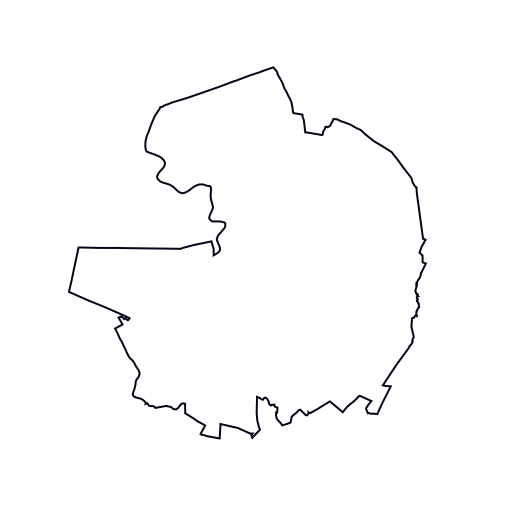 the district of Liteni, Suceava, Romania, rotated 195°
{"feature_id": "2599482B47011516747302", "entity_name": "Liteni", "entity_type": "district", "adm_level": 2, "iso_a3": "ROU", "parent_name": "Romania", "parent_adm1": "Suceava", "projection": "mercator", "projection_center": [26.537, 47.51], "detail": "fine", "context": "isolated", "style": "outline", "palette": "ink", "viewbox_px": 512, "rotation_deg": 195, "n_neighbors": 0, "source": "geoboundaries", "source_scale": "gbopen_adm2", "svg_char_len": 5969}
<svg xmlns="http://www.w3.org/2000/svg" viewBox="0 0 512 512"><g transform="rotate(195 256 256)"><path d="M118.8,363.8L119.2,363.6L120.5,364.6L122.1,365.9L123.5,367.4L124.3,368.5L125.6,370.9L126.1,371.5L126.5,371.9L134.9,378.2L144.8,386.2L147.3,388.1L150.0,389.9L151.2,391.0L152.0,391.5L162.1,394.7L170.1,396.9L172.6,397.7L182.9,402.3L183.4,402.7L187.6,404.9L190.8,405.3L193.0,405.8L194.2,406.0L195.5,406.5L199.4,407.4L207.1,408.2L208.5,408.0L209.7,408.4L211.6,408.6L212.0,408.9L212.5,409.0L215.2,408.7L216.5,408.4L216.7,408.1L216.8,407.6L216.9,405.9L217.7,403.3L218.1,400.9L218.4,400.6L220.2,398.9L221.6,399.1L222.3,398.7L222.4,398.1L222.4,396.8L222.6,396.1L223.2,393.9L223.2,392.1L223.0,390.7L223.3,390.1L223.9,389.9L225.1,389.6L227.4,389.7L228.8,389.4L232.6,389.1L233.5,388.9L234.6,389.0L236.8,388.6L238.3,388.6L240.4,388.1L243.6,396.3L245.2,400.0L246.9,402.4L247.5,403.7L247.6,404.5L247.8,404.6L256.7,403.7L257.0,403.8L258.2,406.3L259.2,408.8L260.4,411.2L261.4,413.5L264.1,416.9L265.9,418.7L268.1,421.4L270.3,423.7L271.5,424.7L275.2,429.9L279.4,434.4L280.6,435.4L281.9,436.8L283.4,439.4L288.1,442.7L296.7,436.9L300.7,434.0L308.0,429.3L321.8,419.4L322.1,419.4L336.2,409.3L351.5,398.9L360.8,392.6L366.2,389.1L376.0,383.1L381.1,379.3L383.7,377.6L384.8,376.1L385.9,375.5L386.9,375.1L387.2,373.3L389.7,365.9L390.0,364.7L391.3,355.8L391.9,347.7L392.4,344.6L392.5,342.9L392.5,341.3L392.4,338.5L392.2,337.1L391.4,333.7L391.0,332.4L390.3,330.8L389.5,329.5L389.0,328.9L388.4,328.6L387.6,328.4L381.6,327.9L377.8,327.5L374.9,327.0L373.6,326.6L372.7,326.3L370.3,324.9L369.4,324.1L368.8,323.5L368.2,322.6L367.9,321.8L367.7,320.7L367.8,319.4L368.1,318.2L368.4,317.3L370.8,312.6L371.5,310.8L372.1,308.3L372.1,307.7L372.1,307.1L372.0,306.6L371.4,305.5L369.8,304.3L367.6,303.2L366.1,302.9L359.9,302.7L357.3,302.4L355.1,301.8L353.3,301.1L348.3,298.4L346.9,297.9L345.8,297.7L344.6,297.6L343.2,297.6L341.4,298.5L339.5,300.1L337.5,302.1L334.2,306.5L333.6,307.1L332.3,308.3L330.2,309.9L328.8,310.6L326.3,311.3L325.2,311.4L321.7,311.2L319.0,311.5L318.1,311.4L317.3,310.3L316.6,308.9L316.5,308.1L316.0,305.1L315.1,301.6L314.3,299.3L311.2,294.0L310.0,291.7L310.2,289.2L311.2,283.1L311.1,281.1L311.0,280.4L310.8,280.0L308.7,278.6L307.3,278.1L300.7,279.8L299.3,280.1L296.6,280.2L295.3,280.2L294.6,279.9L294.0,279.3L293.5,277.3L293.4,276.5L293.5,275.5L293.7,274.8L294.5,273.0L297.5,266.9L298.1,265.0L298.2,263.1L298.1,261.7L297.8,261.1L293.3,255.2L292.8,254.3L292.6,253.5L292.5,252.2L292.5,251.3L292.8,250.5L293.9,249.0L295.0,247.7L297.1,245.7L298.6,251.6L302.8,258.6L319.1,250.4L324.7,247.2L329.0,244.8L330.1,243.8L330.8,243.4L387.0,229.1L389.8,228.5L392.2,227.8L395.1,227.1L408.0,223.6L429.4,218.4L429.6,218.2L428.9,205.3L428.6,198.5L427.8,184.9L427.5,176.0L427.4,173.8L427.2,172.9L406.1,169.6L390.9,167.8L369.1,164.5L362.0,163.2L362.5,161.7L363.1,160.7L366.4,162.0L366.9,161.0L370.6,162.7L372.8,160.9L368.9,157.0L367.3,155.5L367.2,155.3L373.3,149.5L369.9,145.6L365.7,140.5L364.1,139.1L362.0,136.7L354.8,128.1L352.5,125.7L351.1,124.6L349.0,123.6L346.3,121.6L343.9,118.9L340.1,115.5L339.1,114.4L338.7,113.8L338.1,112.5L337.9,111.2L337.9,110.4L338.1,108.9L339.5,105.3L339.6,103.6L339.1,100.2L339.0,97.8L339.0,96.2L339.4,91.3L339.1,90.2L338.5,89.4L337.4,88.7L335.8,88.3L330.6,88.3L329.6,88.2L328.7,88.0L326.2,86.9L325.1,86.2L324.5,85.5L324.4,85.1L324.4,84.6L322.9,85.7L320.8,83.8L320.1,83.6L315.8,84.4L315.2,84.1L313.9,83.2L304.7,87.6L303.5,88.0L302.0,87.9L300.0,88.2L298.5,88.0L297.0,87.1L295.2,86.8L293.1,87.4L292.0,89.0L290.0,93.5L288.6,94.7L286.3,94.9L283.6,85.7L274.7,83.1L270.7,81.6L270.2,81.2L269.6,81.2L264.5,80.0L261.2,79.1L263.5,69.7L262.4,69.3L259.3,69.5L258.2,69.4L256.4,69.3L243.9,70.4L246.8,84.5L228.9,85.2L215.9,83.0L213.4,83.6L214.2,82.0L212.6,79.5L207.2,89.2L209.1,91.8L212.2,97.5L214.8,104.7L218.5,120.2L215.5,119.7L213.3,118.9L212.0,119.1L211.5,120.7L210.8,121.5L209.7,121.6L208.5,121.0L206.8,119.6L204.8,116.3L202.9,115.5L202.2,116.3L199.8,117.2L199.2,115.7L198.2,115.3L196.0,115.1L195.1,110.9L196.1,110.2L196.2,109.8L195.8,109.6L195.4,109.5L195.6,108.2L195.5,107.4L195.1,106.6L193.9,104.4L193.3,103.7L188.2,100.6L186.9,99.2L183.5,101.2L179.6,104.0L179.5,104.3L179.5,104.9L179.9,110.1L177.8,113.3L177.2,113.8L175.7,116.3L175.0,118.0L174.6,118.4L173.6,119.0L166.8,115.2L165.3,115.4L164.5,117.8L164.5,118.3L164.7,118.7L163.0,118.2L157.7,123.4L157.1,123.9L154.8,126.5L147.0,134.7L131.8,127.6L129.4,133.0L127.3,136.4L123.6,141.3L120.1,147.5L119.5,147.8L107.0,145.8L107.3,145.1L107.7,144.6L108.5,142.6L110.2,137.7L110.1,136.8L107.3,133.1L106.9,133.4L106.5,133.5L106.1,133.4L103.7,133.5L102.7,133.9L97.8,134.7L97.8,135.6L96.1,145.6L92.1,165.0L96.7,164.1L100.0,163.9L92.2,187.2L84.5,207.1L84.3,208.9L83.1,210.9L82.4,213.9L82.9,214.3L83.1,214.7L83.2,215.5L83.2,216.1L82.6,218.5L83.4,220.3L84.5,222.1L85.2,223.4L86.2,225.3L87.1,226.8L87.5,228.4L88.1,230.1L88.5,233.0L89.2,236.2L89.1,236.4L88.4,236.8L88.0,236.8L87.4,237.2L87.3,238.4L87.0,239.2L86.8,239.4L86.6,239.6L86.2,239.6L85.1,239.5L85.3,240.3L86.1,241.2L86.2,241.8L86.5,242.6L86.4,243.2L86.7,244.1L86.5,244.5L86.2,244.9L86.1,245.1L86.4,245.7L85.8,247.6L85.6,247.9L85.1,248.6L85.1,248.8L85.5,249.2L85.9,250.0L85.9,250.5L86.2,251.7L86.4,251.9L86.9,252.1L87.2,252.5L87.6,253.5L87.8,253.7L88.8,253.9L89.0,254.1L89.1,254.3L89.0,255.1L88.9,255.4L88.4,255.9L88.4,256.0L89.2,256.5L89.9,257.1L89.8,257.7L90.1,258.6L89.9,258.8L88.9,259.1L90.0,259.9L89.7,260.5L89.8,260.8L90.6,261.2L91.6,261.3L91.8,261.6L92.0,262.2L92.6,262.8L93.0,263.3L93.0,264.0L93.1,265.0L93.0,267.2L93.2,267.9L92.9,268.5L93.6,269.0L93.7,269.5L93.2,270.0L93.3,270.9L94.1,271.2L94.1,271.5L93.7,271.8L93.7,272.0L93.6,272.8L93.1,275.0L92.9,275.3L92.9,275.7L92.6,276.0L92.5,276.7L92.0,278.2L92.0,280.2L92.0,280.9L92.3,282.0L92.3,282.3L91.9,283.1L90.0,292.7L93.4,293.0L95.3,299.7L97.2,300.5L98.6,301.6L98.9,301.6L98.5,307.0L98.2,308.9L97.1,312.4L97.0,314.2L96.3,315.4L98.1,316.0L99.1,315.9L116.7,357.8L118.8,363.8Z" fill="none" stroke="#020617" stroke-width="2"/></g></svg>